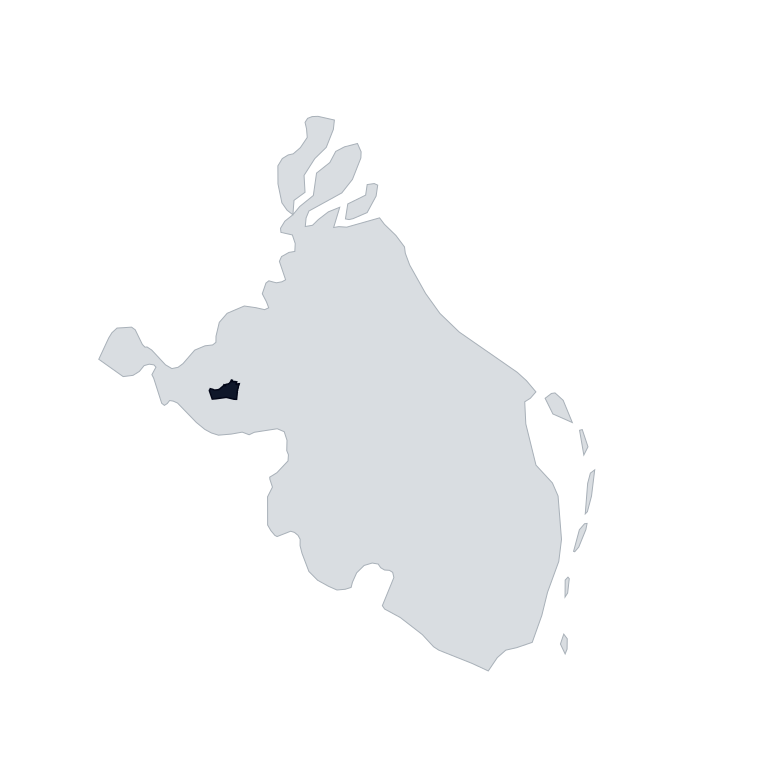 Deurne, Noord-Brabant, Netherlands shown in context, rotated 113°
{"feature_id": "6326949B59687324731711", "entity_name": "Deurne", "entity_type": "district", "adm_level": 2, "iso_a3": "NLD", "parent_name": "Netherlands", "parent_adm1": "Noord-Brabant", "projection": "orthographic", "projection_center": [5.787, 51.428], "detail": "fine", "context": "in_parent", "style": "filled", "palette": "ink", "viewbox_px": 768, "rotation_deg": 113, "n_neighbors": 0, "source": "geoboundaries", "source_scale": "gbopen_adm2", "svg_char_len": 5101}
<svg xmlns="http://www.w3.org/2000/svg" viewBox="0 0 768 768"><g transform="rotate(113 384 384)"><path d="M472.7,656.2L460.6,655.8L449.2,655.4L443.2,654.5L436.8,651.6L433.9,645.7L430.3,638.6L431.3,634.2L442.0,621.9L443.5,618.4L442.5,616.6L443.5,611.1L451.7,592.7L452.7,585.3L449.1,580.1L443.8,577.0L426.8,571.5L418.8,563.7L415.0,557.0L411.3,555.0L405.7,557.3L391.6,559.7L380.2,556.0L366.8,543.1L363.8,531.7L362.2,522.9L358.9,519.9L354.3,524.3L348.5,531.3L337.2,532.1L334.0,530.3L333.5,526.4L332.9,522.6L329.8,517.9L326.5,515.3L312.0,528.2L306.7,528.1L300.0,522.9L296.8,517.9L289.4,520.6L282.6,526.6L284.7,538.1L281.1,540.1L272.9,538.9L263.8,534.0L253.5,530.9L238.1,522.7L216.2,528.5L201.3,520.4L188.7,519.3L181.1,513.0L173.0,502.4L179.2,495.8L185.0,493.6L208.0,493.0L224.6,497.5L254.1,520.7L261.6,520.6L269.8,518.0L265.8,511.8L258.3,508.7L247.3,502.5L238.6,493.8L259.6,491.5L256.8,487.1L254.2,479.6L232.8,453.0L236.8,446.1L242.6,431.1L249.8,418.7L255.3,415.5L264.5,406.8L284.4,381.1L297.2,360.1L306.8,335.0L321.2,265.8L325.3,254.1L331.9,241.1L339.9,243.7L345.4,247.5L365.3,237.9L399.3,212.4L409.3,190.3L419.1,180.0L457.7,159.9L479.0,153.8L511.8,152.1L535.4,148.3L563.9,146.6L574.9,158.9L581.4,167.9L591.6,172.8L607.4,175.9L606.8,193.9L607.6,229.4L606.5,235.7L599.7,250.8L592.6,277.8L590.9,295.5L588.7,298.9L558.3,299.3L554.0,302.4L553.4,306.2L555.0,310.8L554.4,315.3L552.0,319.0L553.4,324.9L558.8,331.4L568.5,335.4L578.8,335.6L584.1,334.8L588.1,339.5L592.0,346.8L591.9,356.0L590.6,368.4L585.9,379.9L571.9,393.3L565.6,398.1L559.7,400.5L556.9,404.0L555.6,408.5L556.0,412.4L566.2,422.8L566.0,425.3L563.2,430.8L559.3,436.0L533.3,447.1L522.5,446.4L516.3,451.8L514.4,452.8L507.5,447.9L492.3,442.3L486.5,444.3L483.3,447.5L473.7,451.3L466.9,457.2L466.9,464.8L479.1,484.5L483.4,488.3L483.7,495.7L489.7,504.9L495.8,516.4L496.5,523.8L495.8,531.2L492.7,541.8L482.2,566.6L482.1,571.3L483.0,574.9L486.7,575.9L489.5,577.8L488.6,581.1L468.6,598.3L466.1,601.3L457.6,600.5L456.3,603.3L457.5,607.9L460.8,612.0L468.0,614.1L474.1,618.4L479.1,627.0L472.7,656.2ZM263.8,534.0L261.9,541.1L257.1,548.8L241.2,559.8L224.7,566.9L216.2,565.7L210.6,561.7L207.6,557.5L199.0,553.3L187.0,551.0L179.4,555.0L174.0,558.9L169.3,558.1L165.9,554.6L163.4,549.3L160.4,532.8L169.4,530.1L188.7,529.6L203.6,535.8L223.2,539.1L238.4,531.6L250.1,538.6L263.8,534.0ZM232.8,466.5L243.9,477.1L246.3,480.4L247.1,484.0L232.4,487.7L217.3,474.7L207.0,477.4L203.3,471.3L203.4,467.5L214.1,464.7L232.8,466.5ZM345.6,216.8L334.2,230.1L327.3,226.2L325.4,223.1L329.0,212.7L345.9,195.6L345.6,216.8ZM395.9,157.7L385.4,159.2L380.7,156.5L406.1,149.2L422.1,146.9L424.9,148.0L395.9,157.7ZM464.0,144.1L441.8,147.2L434.3,144.8L433.0,142.6L439.1,141.3L458.0,141.0L463.9,142.9L464.0,144.1ZM371.3,172.3L350.2,185.9L348.5,183.7L362.1,171.7L371.3,172.3ZM554.4,120.0L544.0,120.8L546.9,115.8L556.5,111.9L561.7,111.8L554.4,120.0ZM509.4,134.1L493.7,140.6L489.9,139.2L490.8,137.4L504.6,133.3L509.4,134.1Z" fill="#d9dde1" stroke="#a8b0b8" stroke-width="1"/><path d="M457.8,542.3L458.3,542.2L458.8,541.8L465.0,536.2L463.2,532.8L460.1,527.6L458.3,524.6L458.0,523.9L457.9,523.9L456.6,516.0L455.7,513.7L452.6,514.7L452.2,514.8L451.2,515.1L450.1,515.5L449.6,515.6L449.4,515.6L449.1,515.7L448.9,515.8L448.8,516.0L448.7,516.0L448.2,516.2L447.9,516.3L447.6,516.3L447.2,516.3L446.9,516.3L446.5,516.6L446.4,516.6L445.9,516.6L445.7,516.6L445.3,516.7L445.3,516.8L445.2,516.8L445.1,516.7L444.8,516.8L444.7,516.8L444.6,516.7L444.3,516.8L444.2,516.8L443.9,516.9L443.7,516.9L443.6,517.0L443.4,517.1L443.2,517.1L442.7,517.2L442.3,517.2L442.3,517.3L442.2,517.3L441.9,517.4L441.7,517.4L441.6,517.2L441.4,517.1L441.2,517.1L440.8,517.3L440.7,517.4L440.7,517.5L440.5,517.4L440.3,517.4L440.4,517.6L440.5,517.8L440.7,518.0L440.8,518.2L440.8,518.3L441.0,518.4L441.0,518.5L441.3,518.8L441.7,519.4L441.7,519.5L441.9,519.7L442.0,519.7L442.0,519.8L441.9,520.2L441.8,520.3L441.4,520.2L440.7,520.1L440.4,520.6L440.2,520.6L439.9,520.5L439.7,520.5L439.8,520.7L439.7,520.7L439.7,521.0L439.8,521.1L439.8,521.5L439.9,521.8L439.9,522.0L440.0,522.2L440.0,522.3L440.1,522.5L440.2,522.8L440.3,523.1L440.5,523.1L440.4,523.3L440.5,523.5L440.8,524.1L441.0,524.6L441.2,525.0L439.8,525.0L439.8,525.3L439.9,525.5L439.9,526.0L440.1,526.1L440.3,526.1L441.6,526.0L441.8,526.0L442.2,526.2L442.3,526.2L442.8,526.3L443.9,526.7L444.3,526.9L444.4,527.0L444.5,527.2L444.6,527.3L444.9,527.5L445.0,527.5L445.4,528.5L445.5,528.6L446.0,528.8L446.1,529.0L446.3,529.4L446.3,529.5L446.5,529.6L446.7,529.8L446.8,529.8L447.0,529.9L447.0,530.0L447.0,529.9L447.1,530.0L447.1,529.9L447.1,530.0L447.2,529.9L447.2,530.0L447.3,530.0L447.5,530.2L447.6,530.3L447.6,530.5L447.7,530.4L447.7,530.5L447.8,530.5L447.9,530.8L448.0,530.8L448.0,531.0L448.3,531.1L449.3,531.6L450.0,531.9L450.6,532.3L450.9,532.3L451.2,532.5L451.3,532.6L451.7,532.8L451.9,532.9L452.0,532.9L452.1,533.0L453.3,533.5L453.3,533.8L453.5,533.9L453.7,534.0L453.8,534.0L454.0,534.2L454.0,534.3L454.1,534.6L454.5,535.2L455.9,537.8L455.8,538.5L455.8,539.1L455.9,540.2L456.1,541.2L456.2,542.1L457.3,542.0L457.8,542.3L457.8,542.3Z" fill="#0f172a" stroke="#020617" stroke-width="1.5"/></g></svg>